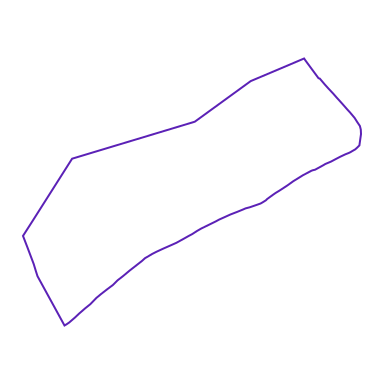 outline of Anse De Sables/Beane Field, Vieux Fort, Saint Lucia
{"feature_id": "8701671B90786780806365", "entity_name": "Anse De Sables/Beane Field", "entity_type": "district", "adm_level": 2, "iso_a3": "LCA", "parent_name": "Saint Lucia", "parent_adm1": "Vieux Fort", "projection": "robinson", "projection_center": [-60.94, 13.732], "detail": "fine", "context": "isolated", "style": "outline", "palette": "violet", "viewbox_px": 384, "rotation_deg": 0, "n_neighbors": 0, "source": "geoboundaries", "source_scale": "gbopen_adm2", "svg_char_len": 1239}
<svg xmlns="http://www.w3.org/2000/svg" viewBox="0 0 384 384"><path d="M35.9,271.2L37.5,276.2L64.5,325.5L66.4,324.4L69.2,322.5L71.4,320.6L75.0,317.5L79.1,313.6L85.2,308.3L89.8,304.6L90.3,304.2L93.6,300.8L96.4,297.9L101.1,294.0L107.4,289.1L112.9,285.0L117.6,280.3L122.9,276.2L129.6,270.6L137.8,264.2L141.9,261.0L145.1,258.1L146.9,257.1L152.1,254.0L156.4,251.8L163.3,248.6L167.4,246.8L170.8,245.3L176.4,242.8L184.0,238.6L188.6,236.0L192.2,234.1L196.8,231.1L201.3,228.5L209.9,224.3L215.8,221.4L219.1,219.6L224.9,217.0L230.4,214.5L237.4,211.8L243.5,209.3L245.5,208.4L249.7,207.3L256.1,205.1L260.6,203.5L262.7,202.3L265.9,200.3L267.3,198.9L273.1,194.7L275.7,192.9L279.0,190.9L287.3,185.5L293.3,181.2L303.0,175.2L311.3,170.8L312.6,170.3L315.1,169.7L316.4,169.0L323.5,165.1L325.3,164.0L331.0,161.6L335.5,159.2L340.3,156.7L345.4,154.3L348.7,153.0L350.4,152.2L352.2,151.1L355.2,149.4L357.1,147.7L359.4,145.4L360.0,141.1L361.0,134.1L360.8,129.6L359.9,126.0L357.2,122.0L354.6,117.9L349.8,112.2L347.4,109.6L342.4,103.9L336.6,97.5L333.2,93.6L328.4,88.5L324.8,84.5L319.8,78.6L318.5,78.2L305.6,60.7L304.1,58.5L250.7,81.1L194.8,121.7L72.1,158.7L32.8,220.6L23.0,235.9L27.4,247.3L33.7,264.0L35.9,271.2Z" fill="none" stroke="#5b21b6" stroke-width="2"/></svg>